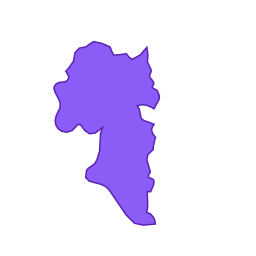 map outline of Ștefan Vodă (Natural Earth projection), rotated 53°
{"feature_id": "MDA-1651", "entity_name": "Ștefan Vodă", "entity_type": "District", "adm_level": 1, "iso_a3": "MDA", "parent_name": "Moldova", "parent_adm1": "", "projection": "natural_earth1", "projection_center": [29.727, 46.532], "detail": "fine", "context": "isolated", "style": "filled", "palette": "violet", "viewbox_px": 256, "rotation_deg": 53, "n_neighbors": 0, "source": "natural_earth", "source_scale": "10m", "svg_char_len": 1465}
<svg xmlns="http://www.w3.org/2000/svg" viewBox="0 0 256 256"><g transform="rotate(53 128 128)"><path d="M160.4,120.9L161.2,128.2L164.9,132.2L176.4,136.5L176.9,137.3L178.2,140.5L179.1,141.2L180.8,140.7L184.0,138.9L185.5,138.9L187.5,140.4L189.2,142.4L192.5,148.2L190.5,151.0L202.4,159.4L206.9,164.0L209.5,162.0L213.4,161.4L217.6,162.0L221.1,164.0L214.8,174.2L208.0,180.1L196.6,181.8L165.6,180.3L161.4,181.1L156.8,183.4L147.2,190.9L142.0,191.6L136.8,186.5L136.3,184.3L136.5,177.9L136.0,174.9L134.8,172.1L129.4,164.6L115.7,153.1L112.3,148.0L112.3,157.3L109.4,162.2L104.1,164.0L96.8,164.0L95.1,166.1L96.4,174.2L94.4,179.6L90.9,182.8L86.7,184.2L82.2,183.8L78.1,181.6L74.6,177.4L71.0,170.2L67.3,167.2L63.7,166.0L55.5,164.7L51.5,163.2L50.0,160.9L49.6,158.4L50.1,155.8L51.6,153.2L53.0,150.9L53.5,148.6L53.0,146.4L51.6,144.4L45.5,143.5L45.3,143.6L44.5,139.5L41.9,131.4L36.0,125.0L34.9,118.8L37.9,112.8L37.9,108.0L38.3,103.4L45.0,97.7L52.4,93.6L56.9,94.8L61.3,95.5L64.7,90.1L67.6,84.6L71.9,84.6L75.7,83.4L77.0,74.1L74.9,64.4L81.4,68.0L86.9,72.7L96.1,74.7L99.9,80.1L100.0,80.1L104.8,79.9L107.4,80.2L107.5,80.3L108.6,81.1L109.5,83.9L111.6,83.9L114.0,82.7L115.8,82.1L121.3,83.6L123.8,85.9L128.3,95.7L124.7,97.2L121.0,99.5L117.8,102.8L115.8,107.2L116.0,107.2L119.7,107.6L128.3,111.7L131.2,111.0L140.7,104.9L140.8,105.1L142.5,109.1L145.1,111.1L148.3,111.7L152.2,111.7L152.3,111.8L153.0,113.1L158.3,119.2L160.4,120.9Z" fill="#8b5cf6" stroke="#5b21b6" stroke-width="1.5"/></g></svg>